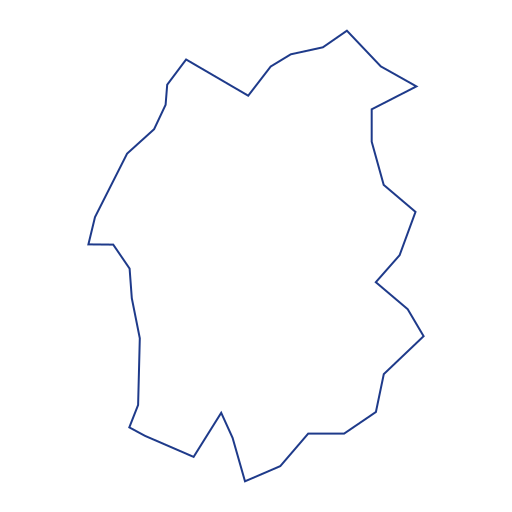 the border of Glogovac
{"feature_id": "KOS-5899", "entity_name": "Glogovac", "entity_type": "District", "adm_level": 1, "iso_a3": "XKX", "parent_name": "Kosovo", "parent_adm1": "", "projection": "albers", "projection_center": [20.868, 42.604], "detail": "fine", "context": "isolated", "style": "outline", "palette": "blue", "viewbox_px": 512, "rotation_deg": 0, "n_neighbors": 0, "source": "natural_earth", "source_scale": "10m", "svg_char_len": 584}
<svg xmlns="http://www.w3.org/2000/svg" viewBox="0 0 512 512"><path d="M129.3,427.4L138.1,405.0L139.8,338.3L131.8,298.2L129.6,268.6L113.2,244.6L88.4,244.4L95.0,217.1L127.1,153.6L154.1,129.2L165.6,104.8L167.2,84.7L186.1,59.5L248.2,95.7L270.7,66.5L290.8,54.3L322.9,47.3L346.9,30.7L380.8,66.4L416.4,86.4L371.7,109.3L371.7,141.7L383.7,184.9L415.5,211.9L399.6,255.2L375.8,282.2L407.7,309.2L423.6,336.2L383.8,374.1L375.9,412.0L344.1,433.6L308.2,433.6L280.3,466.1L245.0,481.3L232.6,437.9L221.2,412.8L193.6,456.9L145.1,435.9L129.3,427.4Z" fill="none" stroke="#1e3a8a" stroke-width="2"/></svg>